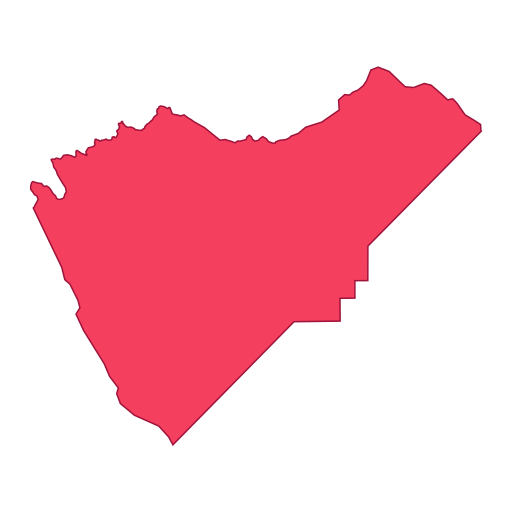 the district of Mariposa, California, United States of America
{"feature_id": "52423323B20525606755783", "entity_name": "Mariposa", "entity_type": "district", "adm_level": 2, "iso_a3": "USA", "parent_name": "United States of America", "parent_adm1": "California", "projection": "albers", "projection_center": [-120.075, 37.542], "detail": "fine", "context": "isolated", "style": "filled", "palette": "rose", "viewbox_px": 512, "rotation_deg": 0, "n_neighbors": 0, "source": "geoboundaries", "source_scale": "gbopen_adm2", "svg_char_len": 3039}
<svg xmlns="http://www.w3.org/2000/svg" viewBox="0 0 512 512"><path d="M33.3,207.9L33.3,208.1L61.8,267.5L64.8,279.7L69.9,284.1L78.0,300.4L79.9,307.9L76.0,314.1L83.6,330.5L104.2,363.7L109.6,376.4L118.3,387.9L116.7,393.7L120.4,403.6L134.5,415.3L158.8,426.1L168.7,437.0L172.9,444.8L294.0,321.7L340.1,321.1L340.0,298.3L354.9,298.1L354.9,280.7L367.8,280.6L367.9,246.1L481.3,131.1L480.9,130.8L480.6,124.5L474.3,120.4L465.1,114.9L457.1,103.4L454.1,100.1L452.8,98.9L451.2,99.0L447.7,99.9L440.7,93.4L433.3,87.0L431.0,85.1L424.2,83.5L413.7,87.5L405.2,86.8L399.0,81.0L389.1,71.4L378.1,67.2L370.9,70.0L366.5,80.9L363.1,85.8L358.1,90.0L352.9,92.2L349.5,95.1L344.7,94.6L338.6,100.0L339.2,110.0L321.8,122.1L305.7,127.2L298.5,133.3L294.2,135.0L291.3,136.0L288.9,138.1L285.7,139.6L279.6,140.3L275.8,141.8L275.3,143.0L272.8,143.2L268.6,141.6L266.1,138.6L262.7,136.6L260.2,138.3L258.5,140.3L255.1,141.1L252.6,139.5L251.3,136.7L249.3,135.2L247.1,136.8L246.0,139.6L240.1,141.1L237.7,141.0L235.0,142.8L230.8,141.2L228.5,140.6L225.2,139.5L223.3,139.8L220.0,140.2L212.3,134.0L204.6,127.7L194.4,122.0L191.2,119.7L187.9,117.8L184.1,114.9L180.3,115.9L177.8,115.0L174.4,114.5L172.5,114.0L171.6,112.3L170.8,109.9L169.9,107.7L169.2,107.4L168.3,108.0L167.8,108.6L166.0,107.7L164.0,106.6L160.5,106.0L159.2,106.6L158.4,108.7L157.4,108.8L157.0,110.1L156.8,111.7L157.4,114.0L156.0,115.5L154.3,116.6L153.0,118.8L152.4,119.8L150.3,121.6L148.6,123.4L147.2,124.0L145.2,126.1L144.6,127.6L144.5,128.3L142.3,129.5L141.8,130.4L140.0,130.3L138.5,130.2L137.3,129.9L135.4,129.7L134.7,128.9L133.7,128.3L133.0,127.8L131.9,127.4L130.7,127.0L129.6,127.2L128.5,127.2L127.4,127.4L126.4,126.6L125.0,125.8L124.2,124.6L123.4,123.6L122.8,123.4L122.5,122.6L122.7,122.0L122.5,121.5L121.6,121.6L121.1,122.4L120.8,123.1L119.8,123.3L119.3,123.2L118.6,123.5L118.5,124.4L118.9,125.5L119.5,126.4L119.2,127.2L118.8,129.1L118.0,129.8L117.4,130.5L116.8,130.8L117.2,132.4L117.8,133.4L117.5,134.8L116.7,136.4L116.1,137.3L114.8,137.5L114.3,136.9L113.2,136.8L112.1,137.3L112.2,138.3L111.4,139.8L109.3,140.2L107.5,140.1L107.0,139.5L106.0,139.1L104.5,139.7L102.6,140.3L101.7,140.2L101.0,140.7L100.6,141.2L99.8,141.2L99.1,140.3L96.6,139.7L96.0,139.1L95.0,139.7L95.1,140.8L94.5,142.5L95.1,144.4L94.3,145.6L93.2,146.5L91.8,147.0L88.3,147.8L85.9,151.7L86.2,153.7L87.0,154.4L86.5,155.5L84.9,154.6L81.2,153.3L79.1,151.7L76.9,150.4L76.0,151.3L76.0,154.1L76.2,156.0L74.6,157.3L73.8,156.8L71.1,155.6L67.2,154.8L63.5,155.4L61.9,157.8L59.8,159.2L57.8,158.3L56.0,158.2L54.7,159.3L53.5,159.1L52.4,159.1L51.2,159.5L51.5,160.8L52.3,161.6L52.7,163.2L53.2,164.1L53.4,165.9L54.0,167.6L55.3,169.2L56.5,171.4L57.3,174.2L60.2,179.2L62.5,183.0L65.5,187.6L66.3,191.9L64.9,194.1L63.8,197.8L61.0,199.2L58.0,199.4L56.5,198.1L55.6,195.9L53.0,193.5L51.0,190.1L49.2,187.7L46.8,186.0L43.9,186.4L41.5,183.5L37.1,182.9L35.2,182.3L32.9,181.6L31.6,182.6L31.4,183.6L30.7,186.0L30.7,189.4L32.6,191.8L34.5,194.7L36.8,195.8L38.1,199.1L37.4,201.0L35.8,203.7L35.0,205.3L33.9,207.5L33.3,207.9Z" fill="#f43f5e" stroke="#9f1239" stroke-width="1.5"/></svg>